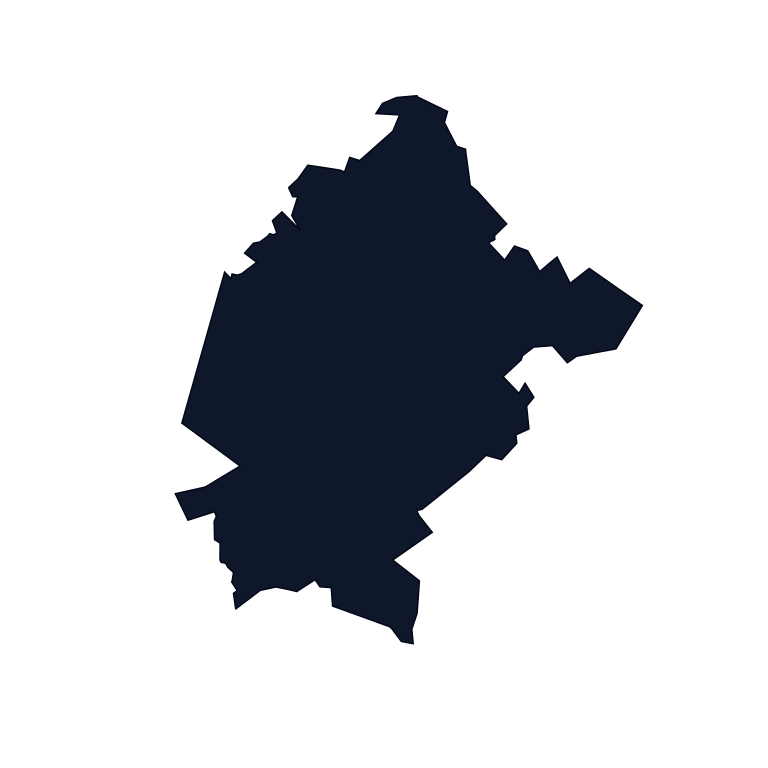 outline of Moctezuma, Sonora, Mexico, rotated 143°
{"feature_id": "50627088B96835442150704", "entity_name": "Moctezuma", "entity_type": "district", "adm_level": 2, "iso_a3": "MEX", "parent_name": "Mexico", "parent_adm1": "Sonora", "projection": "equal_earth", "projection_center": [-109.717, 29.748], "detail": "fine", "context": "isolated", "style": "filled", "palette": "ink", "viewbox_px": 768, "rotation_deg": 143, "n_neighbors": 0, "source": "geoboundaries", "source_scale": "gbopen_adm2", "svg_char_len": 2151}
<svg xmlns="http://www.w3.org/2000/svg" viewBox="0 0 768 768"><g transform="rotate(143 384 384)"><path d="M495.5,181.0L474.2,205.5L483.0,238.2L434.7,236.5L435.0,246.2L435.0,249.1L435.2,258.2L434.3,262.0L433.2,263.0L429.0,261.0L424.2,261.2L421.9,261.2L368.7,262.9L366.9,263.1L365.3,263.3L345.4,265.6L335.5,252.7L313.6,256.8L309.3,264.0L295.3,260.9L283.4,280.5L272.3,283.2L270.9,299.7L279.9,296.1L281.8,295.3L281.9,296.0L284.4,317.6L284.5,318.2L259.9,320.7L256.5,323.2L252.6,323.3L242.2,323.4L226.4,313.3L225.4,299.6L224.8,290.6L213.5,290.3L179.4,273.4L177.6,272.5L130.4,291.2L140.2,321.0L150.5,352.8L174.8,352.4L169.4,381.2L177.8,380.9L179.3,380.9L192.1,380.0L191.8,381.8L189.1,403.8L196.8,415.7L213.1,410.3L215.6,434.0L208.5,432.7L206.5,435.9L193.5,437.6L189.7,438.0L191.8,461.8L193.5,481.8L194.1,484.4L195.6,490.7L185.0,509.5L179.2,519.9L177.5,522.5L179.1,524.6L182.9,530.1L179.8,548.4L179.1,552.2L178.4,556.4L177.3,557.3L169.3,563.4L184.5,593.1L184.4,593.5L184.2,594.4L201.5,605.2L216.2,609.0L227.7,604.8L209.6,589.5L224.7,580.6L268.9,577.1L275.0,585.6L287.9,577.1L290.2,581.0L294.1,585.1L294.5,585.5L301.0,592.2L301.6,592.8L313.2,604.6L315.0,604.0L329.4,599.5L342.0,598.2L344.2,588.5L340.2,585.5L356.3,574.0L358.3,556.9L361.9,582.9L374.8,581.6L378.7,569.0L382.5,569.6L384.8,572.9L387.8,572.0L397.8,572.2L403.6,575.0L416.6,572.4L412.4,557.8L424.5,557.8L431.1,557.7L435.6,559.2L439.1,563.3L441.9,561.0L442.6,557.9L443.9,569.3L527.2,506.1L527.3,506.0L569.0,474.4L568.1,471.7L567.9,471.0L560.7,446.9L560.4,445.6L560.0,444.3L552.1,418.0L551.8,416.8L551.4,415.5L548.3,405.1L587.7,409.2L588.9,409.3L616.7,422.0L622.5,393.2L596.4,384.1L596.8,381.8L597.7,379.0L602.3,376.5L612.9,361.8L613.0,361.5L610.6,355.6L620.5,342.7L621.1,341.7L621.3,339.3L619.2,337.3L618.4,336.0L619.0,331.4L617.6,324.1L623.3,318.6L624.8,317.5L625.6,307.3L630.2,307.4L637.4,294.4L637.6,293.6L632.9,293.6L607.1,293.7L596.8,288.9L592.4,286.9L583.5,276.8L578.5,270.7L575.9,270.6L556.8,269.2L557.2,260.6L548.7,253.1L558.7,237.6L553.1,229.0L528.8,191.7L525.7,187.0L525.0,183.9L525.1,168.0L517.0,159.0L509.4,171.4L495.5,181.0Z" fill="#0f172a" stroke="#020617" stroke-width="1.5"/></g></svg>